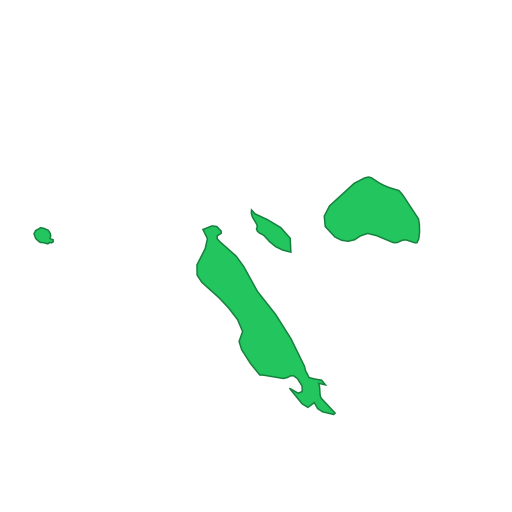 SVG path tracing the border of Romblon, rotated 317°
{"feature_id": "PHL-2535", "entity_name": "Romblon", "entity_type": "Province", "adm_level": 1, "iso_a3": "PHL", "parent_name": "Philippines", "parent_adm1": "", "projection": "equal_earth", "projection_center": [122.144, 12.527], "detail": "fine", "context": "isolated", "style": "filled", "palette": "green", "viewbox_px": 512, "rotation_deg": 317, "n_neighbors": 0, "source": "natural_earth", "source_scale": "10m", "svg_char_len": 1676}
<svg xmlns="http://www.w3.org/2000/svg" viewBox="0 0 512 512"><g transform="rotate(317 256 256)"><path d="M235.3,200.4L244.4,204.0L247.4,207.6L247.5,214.1L246.0,215.7L241.5,214.8L239.4,216.8L239.3,220.4L241.4,242.6L239.8,255.5L232.9,282.9L230.5,312.2L225.1,340.6L216.3,369.5L213.9,374.0L211.9,381.1L215.4,386.5L219.3,391.5L218.9,397.6L215.0,391.9L213.3,395.0L207.9,401.6L206.7,404.3L206.7,424.9L204.7,424.9L198.4,415.3L197.0,409.7L198.6,403.0L190.7,402.1L188.9,395.6L190.3,375.5L193.2,384.9L197.3,386.7L201.0,382.5L202.7,374.0L201.7,369.0L199.2,367.1L195.9,366.2L192.5,364.3L180.2,348.2L177.6,345.6L178.6,331.0L181.6,314.8L185.3,307.0L194.7,302.1L199.1,290.1L200.5,275.3L200.5,261.9L198.4,238.4L199.9,229.8L206.8,222.2L223.8,216.0L232.3,210.2L235.3,200.4ZM405.2,305.7L405.0,311.2L400.1,339.8L396.8,344.6L392.0,350.0L386.8,354.4L382.8,356.1L381.4,355.0L376.8,346.7L374.2,344.5L368.1,342.3L365.5,339.8L358.1,323.4L353.1,315.7L346.1,312.5L339.2,311.4L333.5,308.1L329.3,302.9L326.7,295.9L326.7,281.7L333.1,273.4L343.9,269.5L377.5,269.8L388.8,273.0L392.2,275.0L393.8,277.6L395.7,285.8L397.5,291.1L399.8,296.3L405.2,305.7ZM284.1,224.7L289.2,237.3L293.5,252.2L293.1,266.4L284.1,277.0L279.4,269.6L276.7,262.4L275.7,255.0L275.8,246.8L275.5,245.2L274.8,243.3L274.1,241.0L274.0,238.6L274.8,236.5L277.0,235.4L278.1,233.4L280.0,225.0L281.6,221.7L284.1,219.3L284.1,224.7ZM119.3,101.6L118.2,101.9L117.3,102.7L117.9,104.2L118.7,105.7L117.4,107.3L115.5,107.0L114.2,105.1L113.1,105.5L111.9,105.0L109.7,101.4L107.6,99.1L107.1,97.4L106.8,93.0L108.8,88.3L112.3,87.1L116.4,88.2L117.6,88.2L119.8,91.2L121.6,95.7L120.8,99.5L119.3,101.6Z" fill="#22c55e" stroke="#15803d" stroke-width="1.5"/></g></svg>